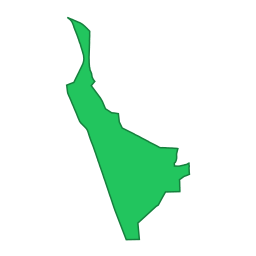 the district of Al Salam, Al Qahirah, Egypt, rotated 89°
{"feature_id": "37247803B59541002076203", "entity_name": "Al Salam", "entity_type": "district", "adm_level": 2, "iso_a3": "EGY", "parent_name": "Egypt", "parent_adm1": "Al Qahirah", "projection": "mercator", "projection_center": [31.361, 30.163], "detail": "fine", "context": "isolated", "style": "filled", "palette": "green", "viewbox_px": 256, "rotation_deg": 89, "n_neighbors": 0, "source": "geoboundaries", "source_scale": "gbopen_adm2", "svg_char_len": 5408}
<svg xmlns="http://www.w3.org/2000/svg" viewBox="0 0 256 256"><g transform="rotate(89 128 128)"><path d="M84.1,188.6L85.2,188.4L86.7,188.3L87.5,188.2L89.5,188.0L90.3,187.9L91.0,187.8L91.8,187.7L92.7,187.4L95.0,186.5L95.8,186.1L97.0,185.6L97.8,185.3L98.2,185.1L98.9,184.8L102.8,183.3L105.1,182.3L108.0,181.2L111.6,179.7L113.1,179.1L115.3,178.3L115.5,178.2L116.6,177.8L117.1,177.6L117.6,177.4L119.2,176.7L119.7,176.5L120.1,176.4L120.4,176.2L120.6,176.1L120.8,176.0L121.1,175.8L121.4,175.6L121.7,175.3L122.4,174.9L122.5,174.7L122.9,174.4L123.4,173.8L124.0,173.3L124.8,172.5L126.9,170.5L127.6,169.9L128.0,169.6L128.3,169.4L128.7,169.1L129.3,168.8L130.4,168.3L132.3,167.7L134.4,167.1L136.9,166.3L138.2,165.9L140.8,165.0L141.9,164.6L143.1,164.1L144.0,163.8L144.7,163.5L145.3,163.3L145.9,163.1L146.4,162.9L149.2,162.0L151.1,161.4L152.1,161.0L153.1,160.7L157.0,159.5L158.6,158.9L159.6,158.7L161.0,158.2L162.7,157.6L163.7,157.3L164.8,157.0L166.1,156.6L167.4,156.1L168.7,155.7L169.9,155.3L172.0,154.6L174.8,153.7L177.5,152.9L180.3,151.9L183.0,151.1L184.5,150.6L186.1,150.1L186.8,149.9L187.6,149.6L188.3,149.4L189.6,149.0L191.1,148.5L191.5,148.4L192.8,148.0L195.7,147.1L196.7,146.7L198.3,146.2L199.6,145.8L200.6,145.5L201.7,145.1L202.6,144.9L204.4,144.3L206.0,143.8L207.6,143.3L208.7,142.9L209.7,142.6L239.6,131.7L239.6,118.6L223.2,119.8L206.8,101.2L205.6,99.1L197.5,94.5L192.6,91.6L192.5,77.3L191.0,77.2L189.9,77.3L188.6,77.2L187.9,77.3L186.9,77.3L185.9,77.3L184.9,77.3L182.7,77.3L181.3,77.4L180.9,77.4L180.5,77.4L180.1,76.8L179.9,76.4L179.4,75.7L178.7,74.7L178.4,74.3L178.0,73.7L177.8,73.4L177.5,73.0L177.3,72.5L177.0,71.8L176.8,71.1L176.6,70.5L175.8,68.5L175.6,68.1L175.4,67.4L173.8,67.5L172.8,67.6L172.2,67.6L171.3,67.6L168.8,67.7L168.3,67.6L167.7,67.5L166.7,67.5L165.7,67.7L165.1,67.7L164.3,67.6L164.3,68.1L164.8,68.8L165.1,69.3L165.3,69.7L165.5,70.4L165.6,70.9L165.7,71.4L165.8,72.0L166.0,72.5L166.3,74.0L166.5,74.9L166.6,75.4L166.8,76.3L167.0,77.3L167.0,78.2L167.0,79.1L166.9,81.3L166.8,82.2L166.2,82.1L165.7,82.2L165.4,82.3L164.8,82.3L164.3,82.3L163.7,82.2L163.4,81.9L163.2,81.4L162.6,81.0L161.9,80.7L161.4,80.5L160.8,80.3L159.7,80.0L159.2,79.9L158.6,79.9L157.8,79.8L157.1,79.9L156.6,79.9L156.0,79.9L155.4,79.9L154.9,79.9L154.5,79.8L154.1,79.8L153.6,79.6L152.0,79.2L150.6,78.8L149.5,78.5L149.3,79.3L149.2,80.4L149.1,81.5L149.1,82.1L149.0,82.7L149.0,83.2L148.9,83.7L148.8,85.1L148.8,85.8L148.7,87.4L148.6,89.0L148.6,89.6L148.5,90.1L148.5,90.6L148.4,91.0L148.4,91.7L148.3,93.5L148.3,94.1L148.3,94.5L148.3,95.6L148.1,96.4L147.8,97.2L147.0,98.5L146.3,99.7L144.6,102.9L142.7,106.6L142.0,107.7L141.6,108.2L141.2,109.1L140.0,111.2L139.7,111.8L138.2,114.6L137.6,115.6L136.6,117.3L135.6,119.3L134.8,121.0L134.0,122.1L133.3,123.5L132.8,124.4L132.0,126.0L127.9,133.8L121.8,136.6L113.5,137.4L112.8,141.2L112.5,144.1L108.4,150.2L100.9,153.2L97.5,155.1L85.1,164.0L83.7,162.9L80.8,160.4L80.7,160.5L80.4,160.8L80.1,161.0L79.6,161.3L79.3,161.6L78.9,161.8L78.7,162.0L78.4,162.1L77.9,162.3L77.1,162.7L76.8,162.8L76.6,162.9L76.4,163.0L76.1,163.0L75.8,163.1L75.4,163.2L75.2,163.2L74.7,163.2L74.2,163.3L73.8,163.4L73.4,163.4L72.9,163.5L72.6,163.6L72.4,163.7L72.1,163.8L71.9,163.9L71.4,164.1L71.1,164.2L70.7,164.3L70.2,164.6L69.9,164.8L69.7,164.8L69.4,164.9L69.1,165.0L68.9,165.0L68.2,165.1L67.3,165.2L66.9,165.3L66.7,165.3L66.4,165.5L66.2,165.5L65.9,165.5L65.7,165.5L65.2,165.5L64.4,165.6L64.0,165.6L63.3,165.6L63.1,165.6L62.7,165.7L61.8,165.7L61.6,165.7L61.4,165.7L60.9,165.7L60.4,165.7L60.0,165.7L59.7,165.7L58.8,165.7L58.1,165.7L57.4,165.8L56.8,165.7L56.5,165.7L56.4,165.7L56.0,165.7L55.8,165.7L55.4,165.7L54.6,165.6L54.2,165.6L53.9,165.6L48.3,165.3L47.8,165.3L46.8,165.2L46.2,165.2L45.3,165.2L44.5,165.1L43.4,165.1L42.5,165.0L41.9,165.0L41.3,165.0L41.2,165.0L40.9,165.0L40.5,165.0L40.2,165.0L39.8,165.0L39.5,165.0L39.4,165.0L39.2,164.9L38.8,164.9L38.5,164.9L38.0,164.9L37.6,164.9L37.1,164.8L36.6,164.8L36.1,164.8L35.6,164.7L35.3,164.7L35.2,164.7L34.9,164.7L34.7,164.7L34.3,164.7L34.0,164.7L32.2,164.7L31.5,164.6L31.1,164.6L30.6,164.6L30.3,164.9L29.7,165.4L29.2,165.9L28.6,166.5L28.0,167.0L27.2,167.8L26.3,168.7L26.2,168.8L25.8,169.2L25.7,169.3L25.5,169.5L25.4,169.6L25.0,170.1L24.8,170.3L24.5,170.6L23.6,171.7L23.4,171.9L23.3,172.1L23.2,172.3L22.8,172.9L22.2,173.8L22.1,174.0L21.8,174.6L21.6,175.1L21.4,175.4L21.3,175.9L21.2,176.2L21.1,176.4L20.7,177.1L20.6,177.4L20.2,178.2L19.7,179.4L19.2,180.5L18.8,181.2L18.7,181.4L18.5,181.8L18.4,182.3L18.3,182.6L18.2,182.7L18.2,182.8L18.1,183.1L17.9,183.5L17.2,185.0L16.8,185.8L16.4,186.7L16.5,186.6L16.9,186.1L17.0,185.9L17.2,185.7L17.8,185.0L18.2,184.4L18.3,184.3L18.5,184.1L18.9,183.7L19.2,183.5L19.4,183.3L19.5,183.2L19.8,183.0L20.1,182.7L20.3,182.6L20.8,182.3L21.0,182.2L21.5,181.9L23.1,181.3L23.5,181.1L23.9,181.0L24.2,180.9L24.8,180.6L25.0,180.6L25.3,180.5L25.5,180.4L26.3,180.3L26.5,180.2L27.0,180.0L27.3,179.9L27.8,179.7L29.5,179.1L30.7,178.6L31.5,178.3L32.2,178.1L32.3,178.0L33.1,177.7L35.1,177.0L35.7,176.8L36.1,176.6L36.6,176.5L37.3,176.3L38.3,175.9L41.4,175.0L42.2,174.7L43.3,174.2L44.7,173.9L46.2,173.5L47.5,173.1L49.1,172.6L50.0,172.4L50.9,172.1L52.2,171.8L53.3,171.5L54.4,171.2L55.5,171.1L56.8,171.0L57.7,170.9L58.8,171.0L59.3,171.0L61.2,171.4L63.1,172.0L67.5,174.2L70.0,175.5L71.1,176.0L72.6,176.8L73.9,177.5L75.5,178.3L76.8,179.0L78.2,179.7L79.6,180.4L80.8,181.0L81.5,181.4L82.7,184.9L83.2,186.2L84.1,188.6Z" fill="#22c55e" stroke="#15803d" stroke-width="1.5"/></g></svg>